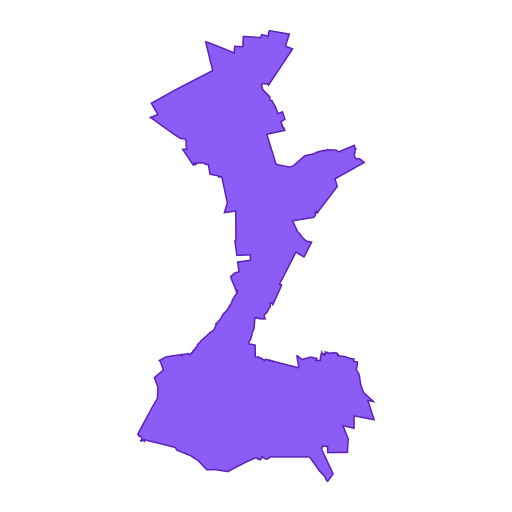 the district of San Luis Potosí, San Luis Potosí, Mexico
{"feature_id": "50627088B2244666711927", "entity_name": "San Luis Potosí", "entity_type": "district", "adm_level": 2, "iso_a3": "MEX", "parent_name": "Mexico", "parent_adm1": "San Luis Potosí", "projection": "robinson", "projection_center": [-100.954, 22.309], "detail": "fine", "context": "isolated", "style": "filled", "palette": "violet", "viewbox_px": 512, "rotation_deg": 0, "n_neighbors": 0, "source": "geoboundaries", "source_scale": "gbopen_adm2", "svg_char_len": 5970}
<svg xmlns="http://www.w3.org/2000/svg" viewBox="0 0 512 512"><path d="M261.6,34.7L260.7,37.6L243.4,36.4L242.9,44.5L242.8,46.8L234.7,46.3L234.1,52.9L221.9,47.9L207.8,42.3L205.7,42.0L210.7,62.4L212.7,70.5L173.4,90.9L155.8,100.8L151.3,103.2L157.9,114.5L150.4,117.4L175.5,135.3L180.7,138.6L183.5,138.7L185.3,139.1L186.3,141.8L186.0,145.4L186.9,149.1L182.7,149.4L193.3,165.1L194.1,164.2L194.0,163.2L195.2,163.2L194.8,164.6L195.3,164.7L195.4,164.3L195.6,164.3L195.6,164.0L196.1,164.2L196.3,163.7L196.2,163.3L196.3,163.1L203.7,162.9L204.4,163.7L206.0,164.4L206.4,164.3L206.7,164.6L208.3,164.4L210.0,174.2L218.8,176.0L219.0,177.2L221.8,176.7L227.3,202.8L224.4,212.7L235.8,211.0L235.9,240.7L234.9,240.9L236.9,255.3L250.3,254.9L250.4,260.3L237.7,262.0L238.9,271.1L239.0,271.7L239.0,271.8L234.6,273.1L230.7,276.7L231.2,278.6L231.7,279.7L232.0,280.7L233.8,284.6L235.8,289.7L236.3,291.6L237.5,290.7L237.7,291.1L237.3,292.8L236.8,293.5L236.2,294.2L234.9,295.9L233.7,297.8L233.2,298.8L232.7,299.5L231.0,304.0L229.9,305.4L228.9,307.0L227.4,309.7L227.1,310.0L226.1,311.1L225.3,312.0L224.0,313.1L222.6,315.0L221.8,316.8L220.4,318.9L217.3,322.7L216.1,323.4L216.5,323.7L213.8,330.2L213.5,330.3L213.3,330.4L213.1,330.7L212.6,330.9L212.4,331.2L212.0,331.4L210.4,332.2L206.5,336.0L205.0,337.2L203.7,338.4L201.6,340.3L200.7,341.1L200.5,341.6L198.6,343.7L198.1,344.1L197.9,344.1L197.7,344.3L197.4,345.0L197.2,346.2L196.6,346.8L196.3,347.3L196.2,347.1L196.0,347.3L195.6,347.8L195.8,347.9L195.2,348.4L195.0,348.9L195.0,349.6L194.8,349.7L194.2,349.7L193.9,349.9L193.1,350.8L192.8,351.3L192.7,351.5L192.8,351.8L192.5,352.0L192.3,352.8L191.9,353.3L191.6,353.3L191.5,353.5L191.4,353.5L191.3,353.1L191.1,353.1L190.0,354.7L189.5,354.9L188.2,353.5L187.4,354.1L187.2,353.9L182.3,354.5L181.6,354.6L181.9,355.7L181.7,355.6L181.3,355.8L180.7,355.2L180.6,355.3L180.2,355.4L180.3,355.4L180.1,355.0L179.8,355.0L179.6,354.8L165.7,357.0L159.3,360.5L160.6,362.1L163.3,370.0L154.4,377.6L157.9,387.1L157.4,398.5L152.2,407.3L137.9,433.9L138.1,434.5L138.3,434.4L138.5,435.6L139.0,435.4L139.5,436.2L140.1,435.8L140.9,436.7L142.3,439.1L142.7,438.8L140.6,440.6L141.1,441.2L143.0,440.0L143.3,440.1L144.1,440.4L143.8,440.9L144.4,441.4L144.5,440.9L144.5,439.8L175.3,447.4L177.0,450.2L190.4,455.6L198.3,460.7L203.7,466.5L206.9,469.8L215.4,469.6L227.7,471.6L245.9,462.1L254.8,458.2L255.1,457.8L255.9,457.8L256.3,457.9L256.7,458.1L257.0,457.9L257.4,457.9L257.7,458.3L258.1,459.3L258.9,458.9L259.6,459.7L260.4,459.7L261.4,458.4L261.9,456.9L263.4,457.6L264.6,458.5L265.5,459.0L266.9,459.1L268.1,458.7L270.0,456.9L306.3,456.9L308.8,456.9L309.7,457.1L319.6,471.1L324.8,476.5L325.0,476.7L325.7,478.5L325.9,479.5L326.1,479.8L327.7,481.3L333.1,473.9L323.8,453.9L321.8,449.8L321.5,448.6L321.9,448.5L322.6,445.9L327.6,446.5L327.7,452.6L347.4,452.4L348.2,438.9L342.9,425.5L354.0,428.3L354.1,415.9L374.1,419.7L367.8,400.5L373.4,401.5L363.4,392.3L360.6,384.2L359.2,374.6L356.2,369.4L357.1,366.1L357.4,362.1L353.7,361.3L353.8,359.0L350.2,358.5L344.7,356.6L339.6,355.9L339.3,355.9L339.1,356.0L338.7,355.7L338.4,355.3L338.4,354.6L338.1,354.5L337.8,354.5L338.0,355.6L337.8,355.7L337.7,355.2L337.4,354.8L337.4,354.5L337.2,354.3L337.3,353.5L337.2,353.4L337.1,353.1L336.4,353.0L336.5,353.2L335.3,353.1L334.3,352.9L333.3,352.8L333.0,352.6L332.5,352.5L332.3,352.7L331.7,352.8L329.8,353.2L329.3,353.1L328.6,353.1L328.2,352.8L328.2,353.0L327.3,352.6L325.1,352.0L325.4,353.9L324.8,353.8L324.8,354.6L324.9,354.8L324.9,355.2L324.7,355.3L324.6,355.2L324.4,355.6L324.4,355.3L323.5,354.5L323.6,353.8L323.2,353.7L323.0,353.8L322.3,353.7L321.9,353.1L321.7,352.4L321.3,353.8L320.7,356.3L320.5,357.6L320.5,358.4L320.2,360.5L315.9,360.3L316.8,358.5L310.9,357.1L310.2,357.2L306.5,358.2L302.1,359.5L298.1,356.4L297.7,356.1L297.0,355.8L297.1,358.1L297.5,359.2L297.5,359.9L298.4,364.4L298.6,366.4L298.6,367.1L298.4,367.2L298.3,367.7L273.2,361.3L273.2,361.0L270.7,361.1L270.7,360.6L270.2,360.6L270.2,360.4L269.1,360.4L269.1,360.1L268.0,360.1L267.9,359.7L266.8,359.7L265.4,359.3L264.5,360.6L261.6,358.4L259.1,357.7L258.9,357.4L258.8,356.9L255.7,357.2L255.3,356.4L255.2,345.3L255.0,345.0L253.6,344.8L251.9,344.3L249.1,344.1L248.9,343.0L248.9,342.0L249.2,341.1L249.5,340.7L249.7,340.4L250.4,339.8L250.9,338.4L251.4,336.3L252.0,334.9L252.1,332.6L253.3,330.3L253.9,328.7L254.0,327.6L254.3,325.5L254.6,321.5L254.7,321.0L254.7,318.9L254.8,318.3L256.4,318.1L256.4,317.4L257.2,317.5L258.6,317.9L258.6,318.5L260.9,318.8L261.0,318.9L262.3,318.8L263.5,319.0L264.4,318.8L265.1,318.9L264.4,316.8L264.2,316.0L264.3,314.5L264.9,314.4L265.3,313.6L265.7,313.6L267.3,311.8L267.2,311.7L267.5,311.3L269.2,308.1L269.4,308.1L269.7,307.7L270.2,306.6L270.3,306.0L270.5,305.7L270.3,304.9L270.0,303.1L271.9,303.1L272.8,304.7L273.0,304.4L281.7,285.0L279.4,284.3L282.1,279.0L283.6,276.3L295.9,252.1L304.0,257.0L311.6,242.2L306.4,241.1L306.2,240.7L303.9,239.0L302.5,237.7L301.8,236.4L300.7,235.1L299.8,233.9L299.1,233.1L298.5,232.6L297.4,231.2L292.5,220.8L313.8,217.3L315.4,215.2L315.3,211.9L315.7,211.6L316.1,213.1L317.1,213.0L337.3,186.4L334.9,178.9L364.2,162.5L363.5,161.5L363.2,161.6L362.9,161.7L362.1,161.1L361.9,160.3L360.8,159.9L360.4,159.3L359.9,159.3L358.8,158.5L356.7,158.8L355.3,158.0L354.7,156.4L354.3,155.1L354.9,152.7L355.0,151.8L354.6,150.4L355.7,149.5L355.7,148.4L354.7,147.4L354.4,145.3L339.7,151.4L338.6,151.9L336.1,150.1L330.7,150.0L327.7,149.7L326.7,149.8L326.5,150.1L326.0,150.1L326.0,150.5L324.4,150.5L324.2,150.9L323.3,150.5L322.7,150.5L322.0,151.0L320.0,151.3L318.8,151.8L316.9,152.1L315.5,153.0L313.6,153.9L304.8,155.7L293.2,165.9L289.1,167.1L276.1,164.3L266.8,134.3L284.8,130.3L283.6,127.4L282.6,127.6L282.3,125.3L281.5,123.7L281.6,122.9L281.0,121.5L284.9,119.3L282.4,111.8L278.0,113.6L275.6,107.3L271.8,100.5L269.9,100.3L269.9,97.0L263.1,89.9L262.9,90.0L261.3,84.5L262.7,83.8L262.9,83.5L267.4,84.1L268.0,83.7L268.5,85.1L287.6,56.4L292.6,48.9L285.4,46.1L289.3,34.1L269.4,30.7L268.6,32.3L268.3,36.1L261.6,34.7Z" fill="#8b5cf6" stroke="#5b21b6" stroke-width="1.5"/></svg>